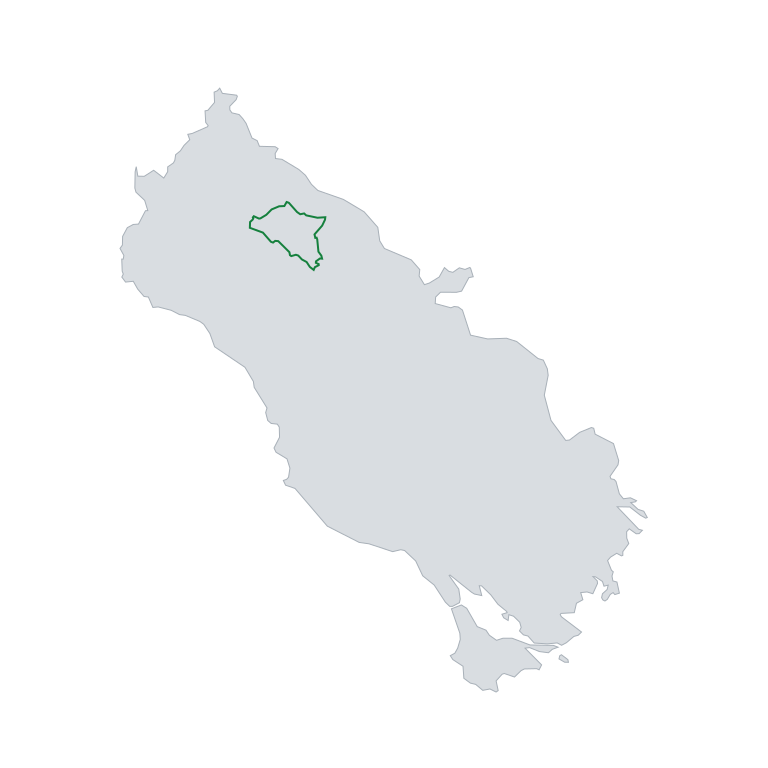 Diyarbakir on a map of Turkey (Equal Earth projection), rotated 227°
{"feature_id": "TUR-2309", "entity_name": "Diyarbakir", "entity_type": "Province", "adm_level": 1, "iso_a3": "TUR", "parent_name": "Turkey", "parent_adm1": "", "projection": "equal_earth", "projection_center": [40.236, 38.057], "detail": "coarse", "context": "in_parent", "style": "outline", "palette": "green", "viewbox_px": 768, "rotation_deg": 227, "n_neighbors": 0, "source": "natural_earth", "source_scale": "10m", "svg_char_len": 4361}
<svg xmlns="http://www.w3.org/2000/svg" viewBox="0 0 768 768"><g transform="rotate(227 384 384)"><path d="M597.6,267.2L608.3,271.0L611.7,268.2L621.4,268.6L630.1,270.7L634.8,264.5L641.0,265.2L642.2,268.3L645.1,269.5L654.2,277.4L653.2,278.5L655.4,281.4L663.2,283.4L664.0,287.4L670.2,293.5L673.4,302.9L671.7,309.4L668.4,313.5L673.4,327.7L671.9,329.5L681.5,334.2L693.4,333.4L697.2,335.4L708.9,346.7L711.9,351.0L703.9,345.7L699.4,350.3L697.4,361.3L684.8,363.4L686.8,370.6L690.3,373.9L689.3,380.7L690.2,383.5L693.8,388.0L693.4,394.1L694.9,400.6L695.1,408.5L700.4,410.8L698.1,414.5L692.5,430.4L692.9,431.6L696.9,432.0L705.8,439.4L704.3,441.8L705.5,452.1L713.3,458.8L712.1,462.1L712.4,465.6L706.8,464.0L695.7,473.2L694.4,472.9L692.8,469.8L692.3,460.6L689.6,458.2L686.0,457.7L679.9,461.8L674.3,461.7L668.7,460.9L653.9,455.2L648.5,457.2L642.8,455.0L631.8,466.2L628.4,467.1L626.8,461.6L622.9,458.4L617.9,462.6L599.0,468.0L590.2,468.9L579.5,467.1L570.7,467.6L546.6,480.2L523.5,486.9L502.8,486.3L491.6,478.5L482.8,476.7L456.2,488.6L443.3,488.2L439.0,483.3L429.1,481.3L426.9,486.0L424.6,497.3L427.9,507.6L422.3,508.2L418.7,510.5L417.6,518.3L412.5,521.4L410.7,526.2L409.7,526.3L401.6,522.4L403.9,518.6L399.0,504.1L401.6,499.6L412.6,487.9L412.4,481.1L407.9,476.3L394.1,484.9L392.8,488.2L389.7,490.8L384.6,491.8L360.7,480.6L346.3,490.5L333.9,504.8L324.6,510.0L297.6,514.0L292.8,516.8L283.7,513.8L278.4,510.0L266.5,493.6L243.5,481.3L218.8,478.4L216.5,481.5L215.2,494.1L210.7,506.0L208.6,507.2L203.3,504.2L183.9,511.2L167.9,503.4L165.3,500.0L162.3,486.3L159.9,485.3L157.2,487.2L154.5,487.2L143.1,481.2L136.8,480.8L132.7,486.6L126.4,489.1L126.4,487.4L129.0,483.6L119.1,484.3L113.8,487.2L106.8,485.5L107.4,483.9L113.2,482.0L126.4,479.9L135.2,470.8L104.0,471.2L100.8,473.2L100.6,468.5L102.5,466.3L110.8,464.6L110.5,460.7L105.7,456.4L100.4,454.2L98.5,444.3L95.8,441.8L96.3,440.5L101.5,438.7L102.9,431.5L102.4,427.1L92.6,423.3L90.3,423.6L88.1,419.8L83.9,417.1L80.3,419.3L70.5,413.5L72.6,409.2L75.2,409.3L75.8,406.0L74.2,400.4L74.6,397.6L76.8,396.8L79.3,397.4L81.6,400.7L81.5,407.0L84.0,410.8L86.1,407.0L90.6,409.1L98.9,407.1L100.6,405.5L94.6,405.7L92.5,404.1L88.2,393.7L93.4,390.7L97.3,385.6L90.6,382.3L92.4,375.2L87.0,367.2L95.5,357.0L95.2,355.6L92.8,355.0L67.9,359.3L67.8,354.7L69.9,350.7L70.4,340.9L71.8,335.7L76.5,334.1L82.5,326.3L92.1,317.2L101.5,317.4L105.4,314.9L111.0,314.7L112.4,318.3L117.2,320.8L125.8,320.4L130.1,318.0L126.4,313.5L131.4,312.1L135.2,313.2L132.8,318.1L134.0,318.6L145.2,317.1L156.9,318.3L169.8,317.7L171.5,316.1L162.6,311.2L168.7,306.9L172.0,306.0L199.3,302.0L199.5,301.0L183.0,298.8L174.8,293.1L172.6,290.0L174.7,282.4L176.6,280.4L182.6,280.1L202.7,283.6L217.3,281.5L233.0,286.5L248.2,285.5L251.4,283.2L255.5,276.0L277.4,264.0L285.1,257.8L318.7,245.6L368.3,247.7L377.1,243.0L382.1,244.6L380.7,247.7L380.9,250.6L386.6,257.8L395.4,262.0L407.7,258.5L412.2,259.9L416.3,271.3L423.9,278.0L427.4,278.6L432.1,274.6L436.6,274.1L443.8,278.0L446.3,282.1L470.1,286.8L474.9,290.2L491.0,293.7L526.7,285.5L539.7,291.1L550.6,292.9L555.3,292.0L569.7,285.5L574.2,281.8L583.1,278.6L594.4,271.4L597.6,267.2ZM140.1,247.2L138.8,252.2L140.6,257.8L145.2,265.6L150.0,269.5L173.6,280.0L169.6,289.9L163.5,291.5L143.0,286.7L134.4,290.7L128.4,289.7L119.8,291.5L117.0,297.5L110.7,304.3L93.6,312.8L77.3,329.6L72.8,331.8L75.2,326.1L75.3,321.0L82.3,315.2L91.9,310.7L94.6,307.0L71.1,307.7L69.2,302.5L71.7,301.5L79.9,292.3L80.9,288.7L80.7,279.6L90.3,274.5L91.2,272.4L90.4,263.5L81.9,258.4L82.3,255.9L88.7,253.5L92.6,247.3L101.8,246.2L106.3,243.2L114.3,241.7L123.7,249.3L135.5,246.4L140.1,247.2ZM65.0,329.1L57.0,330.5L54.7,329.1L57.3,326.4L63.6,324.5L65.4,327.2L65.0,329.1Z" fill="#d9dde1" stroke="#a8b0b8" stroke-width="1"/><path d="M589.7,392.4L593.8,396.5L593.8,400.1L594.3,401.4L595.3,401.7L595.5,403.2L590.2,405.4L589.4,406.6L588.0,413.3L588.3,420.9L585.5,428.5L582.1,432.5L583.5,436.9L581.3,438.0L569.1,437.7L565.3,438.5L563.2,441.9L560.4,442.1L551.0,448.7L546.0,454.8L544.4,452.9L542.0,446.8L540.8,435.2L537.7,433.4L537.0,434.5L535.3,433.8L525.5,426.3L520.6,425.7L517.9,424.2L519.5,422.7L520.1,417.9L519.1,416.8L516.3,418.0L515.4,417.3L516.6,413.1L515.4,410.4L520.2,409.6L526.0,410.6L531.1,408.9L536.4,408.9L538.6,407.7L540.8,403.4L542.4,403.1L544.9,404.7L560.6,404.1L562.9,402.0L563.1,399.3L565.1,398.3L577.3,398.7L589.7,392.4Z" fill="none" stroke="#15803d" stroke-width="2"/></g></svg>